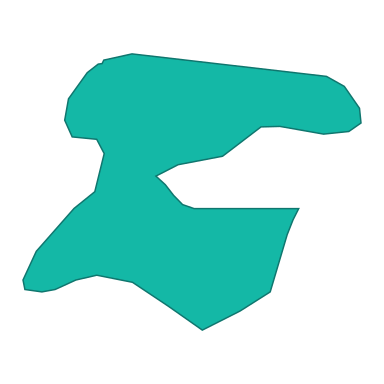 Medway, Equal Earth projection
{"feature_id": "GBR-2678", "entity_name": "Medway", "entity_type": "Unitary Authority", "adm_level": 1, "iso_a3": "GBR", "parent_name": "United Kingdom", "parent_adm1": "", "projection": "equal_earth", "projection_center": [0.566, 51.402], "detail": "fine", "context": "isolated", "style": "filled", "palette": "teal", "viewbox_px": 384, "rotation_deg": 0, "n_neighbors": 0, "source": "natural_earth", "source_scale": "10m", "svg_char_len": 624}
<svg xmlns="http://www.w3.org/2000/svg" viewBox="0 0 384 384"><path d="M103.8,60.1L132.0,53.9L326.5,76.4L344.3,86.4L359.5,108.3L361.0,123.0L348.8,131.5L323.6,134.1L279.9,126.4L261.0,126.9L222.6,156.2L178.1,164.7L155.9,176.1L165.3,184.7L173.6,195.4L182.6,204.6L194.1,208.6L298.7,208.6L293.0,219.9L287.2,234.6L270.2,291.9L240.1,311.0L202.3,330.1L168.3,306.2L132.5,282.3L96.7,275.2L75.9,280.0L55.1,289.5L41.9,291.9L24.9,289.5L23.0,280.0L36.3,251.3L74.1,208.4L94.8,191.7L104.2,153.6L96.7,139.3L72.2,136.9L64.7,120.2L68.5,98.8L87.3,72.6L98.2,64.1L102.1,63.6L103.8,60.1Z" fill="#14b8a6" stroke="#0f766e" stroke-width="1.5"/></svg>